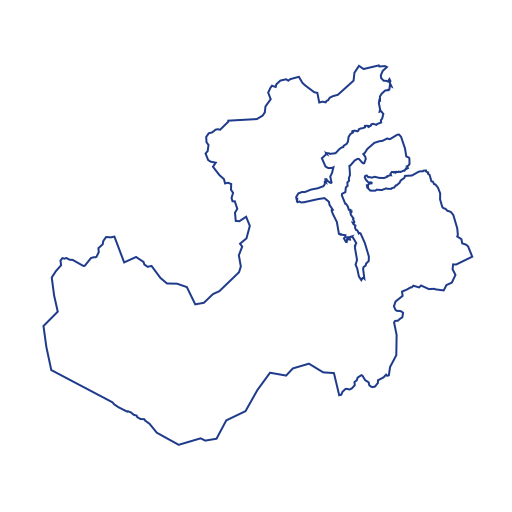 Rauma nor, Møre og Romsdal, Norway (orthographic projection), rotated 87°
{"feature_id": "86288312B59453092590792", "entity_name": "Rauma nor", "entity_type": "district", "adm_level": 2, "iso_a3": "NOR", "parent_name": "Norway", "parent_adm1": "Møre og Romsdal", "projection": "orthographic", "projection_center": [7.589, 62.442], "detail": "fine", "context": "isolated", "style": "outline", "palette": "blue", "viewbox_px": 512, "rotation_deg": 87, "n_neighbors": 0, "source": "geoboundaries", "source_scale": "gbopen_adm2", "svg_char_len": 6078}
<svg xmlns="http://www.w3.org/2000/svg" viewBox="0 0 512 512"><g transform="rotate(87 256 256)"><path d="M266.8,461.1L284.7,459.7L301.2,456.9L314.8,471.9L336.0,470.1L359.2,466.4L394.6,407.0L396.7,405.4L399.8,401.3L404.7,392.8L404.3,392.2L405.7,389.0L408.2,386.4L409.1,383.6L410.6,383.1L412.7,380.0L413.2,376.0L414.6,375.3L418.0,371.1L427.3,364.3L440.5,343.1L435.2,320.9L437.7,316.3L436.4,305.0L418.6,294.3L410.4,274.6L389.9,261.6L373.3,248.1L377.0,232.2L370.2,225.1L366.3,208.8L375.7,195.0L377.0,184.3L399.4,180.2L399.0,178.1L396.1,176.7L393.5,173.6L393.3,173.0L394.2,169.5L393.3,167.3L390.3,164.2L387.0,164.2L385.3,161.8L382.8,160.9L380.5,157.0L381.2,155.9L385.7,153.5L388.1,150.1L391.1,149.6L392.7,147.6L393.0,146.1L392.6,144.0L389.1,140.9L386.5,140.7L383.9,135.0L381.3,132.3L382.5,131.3L382.1,129.6L373.8,127.9L362.4,121.1L342.2,119.7L329.6,121.6L328.1,120.5L328.0,117.5L326.7,116.2L324.9,113.1L320.5,112.1L319.1,113.5L318.4,115.2L318.2,118.0L317.3,119.4L313.5,120.9L308.7,119.0L303.5,111.7L299.2,112.0L297.4,107.1L295.4,103.1L295.5,102.1L293.9,100.4L295.9,94.8L294.1,92.7L298.1,85.1L298.1,79.7L298.7,78.5L300.2,70.4L295.0,67.3L292.8,61.8L285.3,57.8L279.5,60.4L274.7,59.6L275.0,56.6L268.0,40.1L257.5,43.7L255.6,45.7L254.2,49.4L249.9,50.0L247.1,54.0L245.4,53.3L238.8,53.6L225.4,56.8L222.6,58.8L221.5,60.5L221.0,62.4L218.7,64.4L218.1,66.3L216.8,67.4L209.1,69.2L203.1,68.8L197.3,70.7L193.9,73.1L193.6,74.4L191.1,75.4L190.6,76.9L184.1,78.4L182.9,79.9L181.6,79.7L180.5,81.8L179.5,81.8L179.5,84.2L180.2,85.0L180.0,87.2L180.4,89.3L183.8,96.1L183.8,103.0L185.7,103.7L188.2,107.6L190.4,108.8L192.9,112.0L192.8,112.6L194.9,114.5L195.3,116.7L196.0,117.4L195.9,120.5L195.3,122.5L196.7,126.9L196.1,132.0L197.0,133.4L196.7,138.4L193.3,141.4L191.6,141.5L192.2,140.5L190.9,140.5L189.6,138.9L189.5,136.8L188.8,136.7L188.4,137.6L188.7,139.0L188.2,140.1L185.7,142.2L183.2,143.3L181.7,142.7L181.4,141.2L183.2,139.8L183.1,138.7L183.8,136.2L183.1,133.3L184.5,128.7L184.8,124.0L183.8,120.9L183.2,120.8L182.4,117.7L181.9,117.5L182.1,117.1L180.9,117.4L179.2,116.0L179.4,113.9L179.8,113.9L179.8,112.3L179.3,112.3L179.3,111.5L179.7,111.5L179.4,111.1L179.6,109.2L179.2,108.9L179.7,107.4L178.4,103.9L178.6,103.2L176.6,101.8L177.0,101.4L176.2,99.7L174.4,100.7L173.6,99.0L172.2,97.9L166.8,97.7L165.8,98.1L164.4,100.7L156.3,101.6L144.6,104.9L142.2,106.8L142.3,108.6L146.2,115.9L146.3,116.8L145.5,118.8L147.6,123.6L147.9,127.0L149.2,131.9L155.0,139.3L158.7,141.9L159.8,143.5L162.5,141.7L164.8,141.3L169.0,143.1L169.1,144.0L168.2,145.1L164.5,148.1L164.3,149.5L165.8,152.5L170.5,157.0L170.8,158.0L179.9,157.9L183.2,159.2L185.7,159.1L187.3,160.9L190.8,160.9L192.2,162.7L196.9,163.4L198.4,166.8L200.0,167.1L208.5,164.1L208.5,163.5L211.3,161.7L214.7,160.9L214.9,159.3L216.3,159.5L216.3,158.3L217.3,158.4L217.8,159.4L219.8,159.1L223.6,156.7L224.2,157.2L227.3,156.0L228.0,156.5L227.7,157.7L229.4,156.9L230.8,155.1L232.8,155.7L235.1,154.8L235.7,153.5L238.5,152.3L238.1,152.1L238.9,150.4L248.8,146.6L262.5,143.3L266.9,143.7L269.4,146.5L271.3,147.0L272.7,149.2L274.4,149.7L284.3,149.0L283.5,149.8L283.6,150.8L285.6,152.1L281.9,154.3L273.7,155.6L269.9,157.0L265.2,155.3L252.7,156.8L250.4,156.1L251.4,156.7L251.1,156.8L248.4,155.2L241.8,158.7L242.1,159.1L241.9,159.5L241.4,159.1L242.1,161.7L244.5,161.3L244.3,162.5L242.1,162.8L242.1,163.8L246.8,164.7L246.6,165.5L242.9,167.3L241.7,165.8L239.9,165.6L239.2,169.5L238.8,169.7L238.6,170.1L239.1,170.4L238.3,172.0L226.2,173.5L217.7,177.2L214.6,178.1L214.1,178.0L213.9,176.9L208.8,179.9L205.6,180.4L201.8,184.6L202.4,190.9L204.8,205.1L204.9,208.1L203.9,209.8L204.4,211.7L203.7,212.2L201.1,212.4L201.6,211.9L201.0,211.8L201.0,212.6L199.2,212.8L195.7,210.4L194.5,206.7L194.7,203.9L192.5,197.4L191.6,190.7L189.8,185.0L188.0,183.6L185.4,183.4L185.3,182.8L185.9,182.2L183.0,182.7L183.0,181.6L184.3,181.1L186.7,178.1L187.0,177.3L186.6,176.7L180.6,177.7L177.0,175.7L171.5,174.1L172.0,175.2L172.0,179.2L170.3,181.9L161.8,185.1L158.1,180.6L157.5,180.7L158.0,180.3L157.5,180.4L157.8,180.0L156.9,180.4L157.7,179.6L157.5,179.1L157.5,179.6L157.0,179.7L157.4,177.3L157.9,176.8L157.5,171.2L153.5,167.0L152.1,164.8L151.8,163.1L150.6,162.8L148.7,159.5L146.6,158.2L141.9,157.3L139.1,155.3L137.8,152.9L136.8,153.3L136.8,152.5L136.2,152.5L136.0,150.7L136.8,148.2L136.2,147.2L134.9,146.8L134.1,144.8L134.0,143.0L133.2,140.4L131.8,140.4L131.7,138.8L132.1,136.5L132.6,137.3L133.1,136.9L131.7,134.3L130.7,134.1L130.1,132.3L131.3,128.8L130.5,128.0L129.2,124.0L127.0,124.2L125.3,122.8L120.8,121.4L117.8,123.6L118.3,125.0L115.8,124.4L110.0,125.3L106.7,124.7L107.1,124.0L103.2,123.9L100.5,122.0L97.4,118.2L97.4,115.3L96.9,115.3L96.7,114.1L92.6,113.4L93.6,111.9L89.8,113.4L88.4,112.6L86.3,113.5L88.7,115.1L87.9,116.7L87.6,119.4L84.9,121.7L82.1,121.9L77.8,119.8L74.2,115.4L73.1,117.3L73.2,122.9L72.1,123.4L74.9,138.8L71.5,143.2L78.1,148.1L86.0,149.4L99.3,165.8L100.4,170.8L101.8,174.1L104.2,175.8L104.7,177.3L106.2,178.4L105.4,181.4L106.0,184.8L96.3,186.2L95.5,189.3L88.0,198.2L85.5,200.6L79.3,203.8L81.2,212.6L82.6,214.6L81.1,216.7L82.1,222.5L85.6,226.7L88.2,227.5L86.8,231.2L89.0,232.9L93.5,235.3L100.2,233.1L107.1,238.7L113.1,239.7L116.2,242.1L119.3,248.0L119.4,276.6L120.5,276.7L128.0,285.2L127.4,287.6L127.7,289.7L130.3,293.4L131.0,296.8L134.5,299.5L139.7,299.5L142.7,297.6L148.7,298.8L151.0,301.0L157.6,298.8L159.4,296.4L160.7,291.3L164.6,294.3L173.3,288.3L177.5,284.0L181.9,283.1L181.4,280.1L182.8,277.0L188.5,277.5L191.7,275.6L196.8,277.4L200.1,276.6L200.3,274.3L207.9,272.2L211.6,274.7L219.9,274.4L220.4,270.8L216.3,263.8L225.6,260.6L237.9,264.6L242.9,271.3L245.9,269.3L254.4,273.1L265.7,271.7L271.3,273.8L289.2,294.4L291.8,301.0L300.0,310.5L301.1,319.2L283.4,326.7L279.5,336.4L278.8,346.3L272.9,352.6L260.5,360.8L261.1,364.8L258.6,368.0L256.1,368.6L250.7,375.8L255.5,388.0L229.2,396.4L229.8,399.8L229.2,404.7L233.0,407.7L236.3,408.5L240.0,413.0L243.9,412.8L248.4,415.3L248.9,416.3L248.7,417.8L249.4,420.9L256.8,427.5L256.9,428.9L250.3,439.3L250.0,442.2L248.1,445.5L248.6,447.4L248.0,449.4L250.4,451.5L255.0,451.1L260.6,456.6L266.8,461.1Z" fill="none" stroke="#1e3a8a" stroke-width="2"/></g></svg>